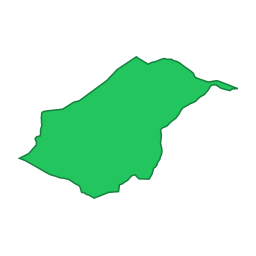 Pedras de Fogo, Paraíba, Brazil (Natural Earth projection), rotated 278°
{"feature_id": "56859067B82910298217530", "entity_name": "Pedras de Fogo", "entity_type": "district", "adm_level": 2, "iso_a3": "BRA", "parent_name": "Brazil", "parent_adm1": "Paraíba", "projection": "natural_earth1", "projection_center": [-35.067, -7.353], "detail": "fine", "context": "isolated", "style": "filled", "palette": "green", "viewbox_px": 256, "rotation_deg": 278, "n_neighbors": 0, "source": "geoboundaries", "source_scale": "gbopen_adm2", "svg_char_len": 1755}
<svg xmlns="http://www.w3.org/2000/svg" viewBox="0 0 256 256"><g transform="rotate(278 128 128)"><path d="M148.2,76.0L146.0,70.7L137.5,60.6L133.6,45.2L132.4,41.7L130.8,40.5L128.6,40.7L126.1,40.7L124.2,41.2L122.1,41.5L120.1,41.9L118.4,42.4L115.8,41.9L113.4,41.7L110.5,42.2L107.9,42.1L106.7,38.8L104.5,37.5L102.9,38.3L101.2,39.3L98.7,39.7L88.8,33.2L82.9,24.7L81.3,31.2L80.3,33.7L79.5,35.8L78.6,38.0L77.3,41.4L75.8,45.2L74.9,47.2L73.5,50.8L71.9,54.7L70.7,58.7L70.2,63.5L69.4,66.3L69.2,68.7L69.4,70.9L68.8,76.5L67.4,79.6L66.5,81.3L65.4,83.7L64.1,87.6L62.4,89.0L60.0,89.9L57.8,91.1L57.8,94.0L56.5,95.7L56.2,98.3L53.9,104.3L61.6,117.9L63.7,127.5L70.7,127.5L71.8,130.1L73.7,131.9L76.0,134.8L78.2,136.3L81.0,138.1L82.7,141.3L79.2,145.9L80.3,156.0L82.9,157.1L86.1,158.3L91.7,159.0L93.0,160.4L95.6,161.9L98.0,162.1L99.6,162.9L101.7,163.9L103.7,164.1L107.1,164.9L109.4,164.9L111.9,164.4L117.8,162.2L119.7,162.3L123.1,162.2L126.3,161.9L130.7,160.4L133.1,162.3L135.1,166.0L140.3,169.9L144.1,173.8L148.8,176.5L152.2,177.7L155.4,179.4L160.9,186.5L162.1,188.7L163.9,191.2L166.7,193.3L169.1,195.4L171.6,198.8L175.6,201.4L177.5,202.5L180.5,203.6L182.3,205.2L182.9,209.0L180.3,214.6L179.2,223.6L181.2,225.9L182.3,231.3L183.1,227.7L183.8,224.9L184.4,222.6L185.0,219.9L185.9,216.0L186.7,212.7L187.2,209.8L186.6,207.1L185.5,203.8L184.7,201.2L185.1,198.5L185.7,195.7L186.3,192.4L186.7,190.4L187.6,187.4L189.2,186.3L191.5,184.8L193.1,182.2L194.9,178.8L196.4,175.9L198.3,172.4L199.7,169.9L200.8,166.9L201.0,163.7L202.1,161.6L201.7,158.8L201.5,156.6L201.9,154.1L201.0,152.2L200.1,150.3L198.4,147.6L197.4,145.6L196.7,143.5L195.8,141.6L194.0,139.1L198.6,128.2L199.7,126.4L184.4,109.2L179.7,105.9L171.9,100.3L148.2,76.0Z" fill="#22c55e" stroke="#15803d" stroke-width="1.5"/></g></svg>